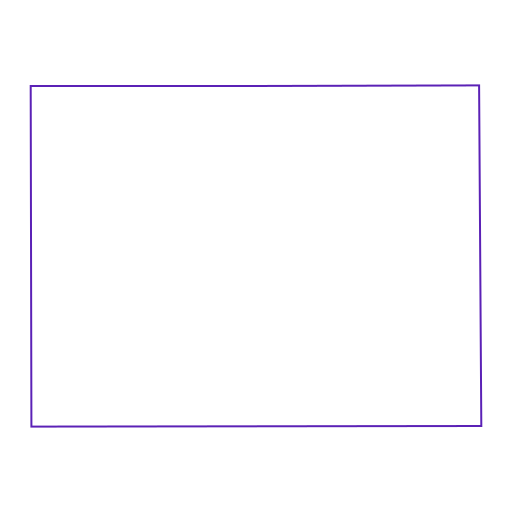 the district of Monroe, Iowa, United States of America
{"feature_id": "52423323B33016719022729", "entity_name": "Monroe", "entity_type": "district", "adm_level": 2, "iso_a3": "USA", "parent_name": "United States of America", "parent_adm1": "Iowa", "projection": "orthographic", "projection_center": [-92.869, 41.03], "detail": "fine", "context": "isolated", "style": "outline", "palette": "violet", "viewbox_px": 512, "rotation_deg": 0, "n_neighbors": 0, "source": "geoboundaries", "source_scale": "gbopen_adm2", "svg_char_len": 193}
<svg xmlns="http://www.w3.org/2000/svg" viewBox="0 0 512 512"><path d="M254.9,86.0L30.7,86.0L31.4,426.6L481.3,426.0L479.1,85.4L254.9,86.0Z" fill="none" stroke="#5b21b6" stroke-width="2"/></svg>